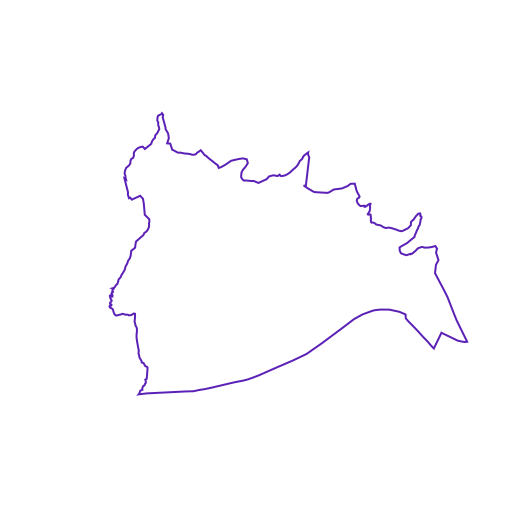 outline of Techaluta de Montenegro, Jalisco, Mexico, rotated 64°
{"feature_id": "50627088B22644840277804", "entity_name": "Techaluta de Montenegro", "entity_type": "district", "adm_level": 2, "iso_a3": "MEX", "parent_name": "Mexico", "parent_adm1": "Jalisco", "projection": "robinson", "projection_center": [-103.587, 20.094], "detail": "fine", "context": "isolated", "style": "outline", "palette": "violet", "viewbox_px": 512, "rotation_deg": 64, "n_neighbors": 0, "source": "geoboundaries", "source_scale": "gbopen_adm2", "svg_char_len": 6025}
<svg xmlns="http://www.w3.org/2000/svg" viewBox="0 0 512 512"><g transform="rotate(64 256 256)"><path d="M328.9,422.2L331.6,414.4L341.4,391.5L344.3,384.7L347.1,378.1L350.1,371.6L351.6,365.5L353.1,360.7L355.0,353.1L358.8,336.2L360.4,329.4L362.2,322.8L362.3,322.5L363.4,317.2L364.0,311.7L364.3,308.1L364.5,305.8L364.9,295.1L365.3,285.2L366.1,268.5L366.2,253.6L363.5,236.3L363.5,236.1L358.2,208.1L355.7,195.5L355.2,185.7L356.3,175.2L357.0,172.4L358.8,167.4L362.7,159.6L369.0,151.6L374.1,147.2L375.9,148.0L377.7,148.7L381.8,147.6L388.6,145.3L394.3,143.5L402.2,141.2L408.3,139.2L413.1,138.0L417.1,136.7L406.5,123.2L406.3,123.0L420.5,111.8L422.8,108.9L424.5,106.6L425.2,105.1L425.6,103.8L401.7,103.9L388.9,102.9L377.1,101.9L369.2,102.0L349.9,102.6L342.9,98.2L339.7,93.8L331.9,92.7L328.6,90.0L327.9,90.2L325.6,90.5L325.0,94.1L323.9,97.5L322.4,100.8L320.7,102.7L320.3,104.6L320.1,107.2L321.2,110.1L322.3,114.4L322.2,116.2L321.8,116.2L321.2,120.5L318.5,123.3L317.8,123.8L317.2,124.5L314.2,124.5L311.3,123.2L311.0,121.6L310.6,114.4L309.6,110.6L309.0,108.0L308.4,105.2L307.4,104.6L305.3,102.1L303.1,99.7L302.5,98.5L301.2,97.5L300.6,96.7L300.0,95.5L298.4,94.1L296.4,92.7L295.1,91.8L294.7,90.9L293.3,90.1L291.8,90.8L290.9,90.0L289.7,89.8L289.6,90.2L289.3,90.7L289.2,92.0L289.6,92.8L290.3,94.8L291.3,96.6L292.5,98.6L292.4,99.0L293.4,101.8L296.3,103.4L297.7,107.1L297.7,112.9L297.6,114.2L295.8,116.6L293.8,118.3L292.0,120.2L289.9,122.5L288.6,124.4L287.7,127.2L285.6,129.1L283.6,130.2L282.4,131.5L280.5,134.1L278.6,134.9L277.3,136.1L276.9,136.6L276.7,137.5L276.2,137.7L275.2,137.5L274.4,137.2L273.3,136.7L272.7,136.1L272.1,136.0L271.0,135.7L270.5,135.3L269.1,134.9L268.7,135.2L268.3,136.0L268.1,136.9L267.6,137.3L267.2,137.0L266.8,136.2L266.2,135.4L265.8,134.5L264.6,133.5L263.6,132.8L262.5,132.2L261.7,132.0L260.5,131.4L259.8,130.6L259.3,130.2L258.9,130.7L259.0,131.9L259.1,133.0L259.4,134.2L259.6,135.2L259.6,136.5L259.0,137.6L259.2,136.6L258.8,136.1L258.3,136.5L258.0,137.3L257.7,138.1L257.1,139.9L256.0,140.7L254.5,141.1L253.2,141.5L252.0,141.4L250.3,141.1L249.2,140.2L248.8,139.1L248.7,137.7L248.1,136.9L247.7,136.8L246.1,136.9L243.0,137.0L240.9,136.9L238.6,136.4L237.5,136.1L235.8,135.9L234.3,135.5L232.6,139.3L232.7,139.9L233.3,142.9L233.1,146.3L233.0,148.9L232.0,152.0L231.5,153.5L230.8,155.4L230.3,157.2L230.6,159.8L230.8,162.4L230.6,164.1L224.4,175.1L223.2,176.3L217.2,180.2L213.4,182.3L215.0,180.6L190.6,164.9L189.4,164.9L186.9,164.5L185.8,163.7L186.1,165.6L187.0,169.4L189.1,172.2L189.8,175.0L191.6,177.3L193.1,179.8L193.9,182.2L194.5,184.7L195.8,188.7L196.3,192.1L196.2,195.2L195.3,198.2L194.7,198.9L193.8,198.9L193.2,199.1L193.6,201.6L191.1,204.9L190.2,209.3L191.5,212.6L191.7,213.3L191.6,213.5L191.4,221.8L187.4,225.3L187.1,226.4L185.5,229.0L183.8,231.9L183.2,232.9L183.1,233.6L182.9,233.8L181.7,234.4L180.4,234.7L178.6,234.8L176.5,233.6L174.6,232.4L172.8,230.0L172.0,228.1L170.9,225.7L168.9,222.6L165.0,221.9L162.5,225.0L161.4,228.5L160.5,232.1L159.5,236.7L160.0,239.9L160.5,243.1L160.7,246.1L160.8,248.5L160.5,250.9L157.7,250.6L154.9,252.1L152.0,253.4L148.4,255.2L145.8,256.3L144.3,256.8L142.9,257.9L141.4,258.2L136.7,259.3L137.2,261.8L137.3,263.5L138.0,265.1L138.1,266.3L137.7,267.6L137.0,269.0L135.5,270.6L133.7,273.2L132.5,275.4L130.1,278.4L128.8,281.0L126.6,282.5L123.7,284.7L117.4,283.8L115.8,286.5L111.9,282.7L107.4,281.3L105.2,281.4L102.6,281.7L100.4,280.9L98.3,280.6L96.3,280.1L90.4,279.1L88.6,277.6L86.6,277.8L86.4,277.9L87.0,278.5L87.0,280.5L87.0,282.5L88.4,283.9L91.2,285.4L93.1,285.3L95.4,286.5L97.9,286.8L99.6,287.3L100.7,288.9L102.1,290.6L103.1,293.0L103.6,293.9L105.4,294.9L106.2,297.2L107.3,299.1L109.1,300.9L109.3,301.0L111.1,309.0L108.1,309.8L107.4,312.2L107.3,314.8L107.7,316.7L108.7,319.1L109.5,320.4L111.3,321.3L112.6,321.9L114.0,323.6L114.0,325.3L115.4,327.1L117.5,328.2L118.7,329.9L119.2,331.4L119.9,334.1L120.7,335.0L122.2,336.6L124.4,338.0L126.3,338.1L128.7,339.0L130.2,339.3L128.6,340.2L142.6,343.1L144.8,344.3L148.4,344.8L148.4,343.5L150.9,342.9L151.1,333.7L155.0,332.5L159.5,333.8L165.8,336.2L170.2,337.9L176.1,335.8L177.6,336.4L178.3,336.7L179.9,338.0L181.4,338.5L183.3,339.8L185.0,341.8L186.0,343.9L186.3,346.2L187.8,348.0L190.4,357.5L193.0,359.4L195.5,361.0L196.1,363.2L196.6,365.8L200.9,368.6L202.8,370.5L204.2,373.0L206.5,375.2L208.0,377.6L210.9,380.1L212.7,382.8L214.2,385.3L215.7,386.9L216.8,389.6L217.7,390.6L218.4,390.9L218.9,391.4L219.3,391.7L219.7,392.3L220.3,392.8L220.9,394.8L221.9,396.3L222.1,397.1L222.4,397.6L222.2,398.8L222.7,398.2L223.1,398.3L223.1,398.7L223.1,399.3L223.6,400.0L224.2,400.2L224.8,400.1L225.6,400.2L225.7,400.5L225.6,400.9L225.4,401.2L225.6,401.5L226.0,401.9L226.5,402.3L226.9,402.5L227.3,402.1L227.7,402.1L227.9,402.2L228.2,402.2L228.4,402.3L228.6,402.3L228.8,402.4L228.8,402.7L229.3,402.9L229.1,403.1L228.8,403.5L227.6,403.9L227.5,404.5L227.8,404.9L229.1,404.6L229.2,405.1L229.4,405.3L229.7,405.4L230.2,405.2L230.6,405.3L230.9,405.4L231.4,405.3L231.7,405.3L232.1,405.2L232.5,405.2L232.6,405.4L233.4,405.8L233.5,406.0L233.6,406.8L233.9,407.5L234.6,407.9L235.0,408.1L235.4,408.0L235.6,407.8L235.7,407.6L235.8,407.5L236.1,407.3L236.6,407.3L236.8,407.4L237.0,407.8L237.1,408.0L237.0,408.3L236.7,408.5L236.7,409.2L237.1,409.7L237.8,409.9L238.4,409.8L239.0,409.4L239.3,409.1L239.7,408.8L239.9,408.6L240.4,408.4L240.9,408.2L241.3,408.1L242.2,408.2L243.5,408.5L245.7,408.7L247.4,408.4L248.4,407.5L248.8,405.2L249.3,403.1L249.4,401.4L250.5,400.1L251.6,399.0L252.2,397.5L252.7,396.8L253.6,396.3L254.4,394.1L254.3,392.4L254.1,391.0L254.4,390.6L254.9,390.1L256.1,390.6L259.7,392.6L261.7,393.9L263.6,394.2L265.7,394.8L267.7,394.6L269.5,395.0L272.3,396.5L273.9,397.6L276.9,399.1L280.5,400.3L286.1,401.9L289.6,402.8L292.1,404.3L294.2,404.6L296.2,405.3L297.7,405.1L300.2,404.9L301.6,405.4L302.9,404.0L306.4,403.8L308.0,402.5L309.1,402.5L309.3,402.7L311.6,404.0L318.4,408.0L318.6,409.7L319.7,409.8L321.6,410.5L322.3,411.9L323.4,412.9L323.4,414.2L324.2,415.4L325.4,416.4L326.5,416.8L326.3,419.0L328.4,421.1L328.9,422.2Z" fill="none" stroke="#5b21b6" stroke-width="2"/></g></svg>